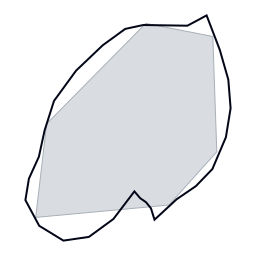 location of Saint Helena within Saint Helena
{"feature_id": "SHN-4864", "entity_name": "Saint Helena", "entity_type": "state/province", "adm_level": 1, "iso_a3": "SHN", "parent_name": "Saint Helena", "parent_adm1": "", "projection": "equal_earth", "projection_center": [-5.718, -15.959], "detail": "fine", "context": "in_parent", "style": "outline", "palette": "ink", "viewbox_px": 256, "rotation_deg": 0, "n_neighbors": 0, "source": "natural_earth", "source_scale": "10m", "svg_char_len": 587}
<svg xmlns="http://www.w3.org/2000/svg" viewBox="0 0 256 256"><path d="M169.0,205.0L35.7,217.4L46.7,123.7L145.8,23.4L212.8,36.5L216.8,151.8L169.0,205.0Z" fill="#d9dde1" stroke="#a8b0b8" stroke-width="1"/><path d="M125.2,28.9L143.3,25.0L187.4,25.7L206.6,15.4L219.8,49.9L228.3,79.6L230.6,108.2L225.9,137.2L212.4,169.0L195.9,186.1L176.7,199.2L154.5,219.7L151.0,208.4L146.0,202.2L140.2,198.2L134.4,191.4L113.4,219.0L88.9,236.9L63.4,240.6L39.2,225.8L25.4,200.1L28.9,178.7L38.9,156.7L44.6,130.4L54.0,100.9L76.1,70.6L102.8,45.2L125.2,28.9Z" fill="none" stroke="#020617" stroke-width="2"/></svg>